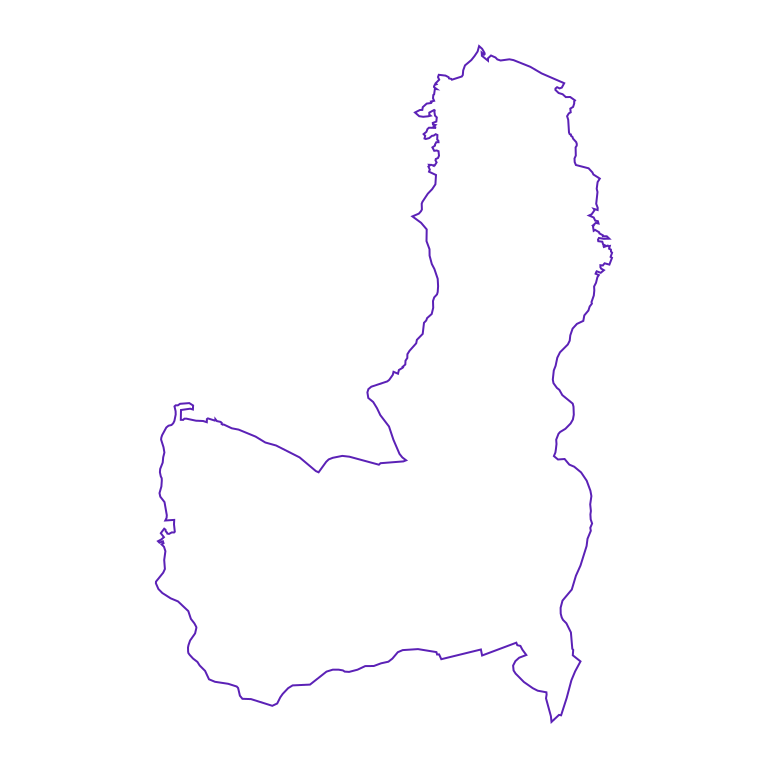 Cruset, Gorj, Romania (orthographic projection)
{"feature_id": "2599482B18227556785011", "entity_name": "Cruset", "entity_type": "district", "adm_level": 2, "iso_a3": "ROU", "parent_name": "Romania", "parent_adm1": "Gorj", "projection": "orthographic", "projection_center": [23.663, 44.657], "detail": "fine", "context": "isolated", "style": "outline", "palette": "violet", "viewbox_px": 768, "rotation_deg": 0, "n_neighbors": 0, "source": "geoboundaries", "source_scale": "gbopen_adm2", "svg_char_len": 6075}
<svg xmlns="http://www.w3.org/2000/svg" viewBox="0 0 768 768"><path d="M551.5,721.9L559.0,714.9L561.1,715.3L566.7,697.9L571.4,680.3L575.1,671.4L580.5,661.4L572.8,655.3L573.2,649.9L572.3,648.8L570.9,632.4L566.4,623.3L563.0,619.9L561.7,617.4L560.7,613.6L560.6,607.8L562.5,600.6L571.8,589.5L575.9,575.8L580.5,565.5L586.6,546.0L587.5,538.8L590.8,530.8L590.3,527.8L592.1,523.5L590.7,519.4L590.4,514.4L590.9,511.0L590.2,504.4L591.4,496.1L590.4,490.7L586.7,480.7L581.1,472.4L574.2,466.7L569.3,464.6L564.6,459.0L558.0,459.5L553.9,456.1L555.4,452.5L555.9,449.2L556.5,444.0L556.2,439.7L558.5,433.8L560.1,432.0L565.4,428.8L570.6,423.5L572.9,419.5L573.8,414.7L573.5,406.7L572.7,403.6L562.3,395.1L559.3,389.8L556.9,387.9L553.5,383.2L552.8,379.6L553.8,370.4L555.6,365.8L557.3,357.7L560.0,352.3L567.8,344.5L569.7,340.7L570.3,335.3L572.6,328.6L576.9,323.9L583.3,320.9L584.3,315.4L588.4,310.5L589.7,306.5L591.9,303.6L591.5,302.1L593.8,295.5L594.3,290.5L594.1,286.5L596.0,282.8L597.4,277.2L598.8,275.1L595.6,273.7L596.2,272.1L596.7,271.3L600.7,272.8L603.9,270.2L601.1,268.6L600.4,267.2L600.4,265.2L602.8,265.5L604.6,263.3L609.4,264.6L612.0,257.8L610.6,256.9L612.1,252.7L611.0,251.6L610.9,249.6L609.1,248.7L609.8,246.0L608.4,246.3L607.8,245.6L603.9,247.0L603.6,246.2L605.1,245.4L603.1,244.4L602.3,241.7L598.3,241.2L598.0,239.7L598.9,238.0L603.7,238.8L609.3,238.7L606.8,236.3L602.9,236.2L602.9,235.3L599.4,233.4L599.2,232.3L595.1,229.9L593.7,230.8L593.0,226.5L593.6,225.6L593.0,225.4L595.8,222.9L598.5,223.5L597.9,221.2L595.2,220.6L593.7,217.5L589.0,215.5L591.6,214.3L593.2,212.1L594.6,210.0L593.8,208.9L597.6,210.0L597.7,207.8L596.2,203.8L597.5,192.0L596.7,188.8L597.6,182.1L599.8,178.6L593.4,174.5L592.4,172.4L588.6,168.3L575.9,165.0L574.7,162.1L574.5,158.5L575.8,155.6L575.6,147.4L576.7,145.7L576.8,144.0L576.2,142.1L573.1,138.7L572.4,136.8L571.1,135.9L570.9,134.5L569.7,134.2L569.0,132.5L568.2,119.7L567.1,116.2L568.8,113.4L570.7,112.3L570.3,108.6L573.1,106.9L574.2,103.5L574.2,101.4L575.0,100.4L570.2,97.0L565.8,97.1L562.6,94.2L558.6,93.0L555.4,89.9L555.5,88.5L557.1,87.2L559.6,88.4L561.8,87.6L564.2,83.2L541.6,73.4L530.3,66.8L513.5,60.1L509.4,59.3L500.6,60.5L497.3,59.4L495.5,57.5L491.0,55.5L488.0,58.3L488.0,60.7L481.9,55.8L481.7,52.6L484.0,54.7L484.7,54.0L484.5,52.9L482.1,48.8L479.1,46.1L477.6,51.5L474.5,56.1L471.3,60.1L465.0,65.4L463.2,70.4L462.8,75.0L461.8,76.5L451.9,79.7L451.3,78.9L449.0,78.4L448.6,77.2L445.5,75.6L438.8,74.8L438.0,77.1L439.2,79.7L435.6,83.3L436.5,84.2L434.8,84.8L434.0,86.4L434.1,87.2L436.7,89.1L434.9,88.9L434.1,94.4L433.3,95.0L433.0,98.2L434.1,100.8L431.0,101.5L431.5,102.5L431.1,103.0L426.7,103.6L422.8,107.1L422.3,109.9L419.9,110.0L415.0,112.5L419.2,116.2L423.2,116.8L428.1,116.3L430.6,115.7L429.3,114.6L429.3,112.6L434.1,110.0L434.7,110.4L434.4,111.9L435.0,115.6L436.8,117.4L436.3,121.6L432.8,122.9L433.0,124.5L435.4,125.0L433.9,126.3L435.3,127.3L435.2,127.9L429.0,127.7L427.5,129.0L426.4,131.8L423.6,134.1L425.2,135.8L424.5,138.5L425.8,139.0L429.2,138.1L432.0,135.8L433.7,135.6L435.7,134.2L437.4,135.0L437.2,139.6L438.3,140.6L438.5,142.2L436.3,142.2L435.0,144.5L435.0,145.6L432.4,147.4L434.2,150.8L436.8,150.5L438.5,151.2L439.0,155.7L438.0,158.0L435.8,159.0L435.5,160.4L436.6,162.4L434.8,165.3L434.0,165.2L433.8,165.9L431.7,164.9L429.1,164.8L429.6,165.6L428.4,166.5L429.8,169.6L429.0,171.7L436.0,175.0L435.4,184.3L432.2,189.1L427.8,193.7L422.5,201.7L421.7,203.7L421.9,209.5L421.0,211.2L418.9,213.6L412.4,216.4L421.1,222.8L426.7,229.4L426.5,241.1L429.5,249.2L429.6,255.7L431.8,264.0L434.4,269.0L437.7,278.8L438.1,286.2L437.7,292.0L437.0,294.4L434.2,297.4L433.0,301.0L433.2,307.8L431.7,314.0L427.1,318.1L426.2,320.5L424.0,322.8L422.7,333.9L416.9,339.8L416.2,343.3L409.6,350.7L407.4,354.2L407.3,358.0L405.5,360.7L405.3,364.5L402.6,366.9L403.0,367.4L402.6,367.8L398.9,370.0L398.0,373.7L393.5,371.8L392.8,374.8L389.2,379.9L387.3,381.4L371.3,386.7L368.4,389.1L367.4,392.4L368.3,398.0L373.2,402.0L377.0,408.2L380.3,415.1L389.0,426.5L393.4,439.7L399.5,453.9L402.3,457.4L406.1,460.3L403.4,461.4L380.5,463.2L378.9,464.7L349.4,456.7L342.3,455.9L332.8,457.8L328.7,459.4L326.2,461.8L318.6,472.3L315.9,471.1L299.6,457.4L276.1,445.5L265.3,442.5L255.6,436.6L238.6,429.6L231.8,428.3L223.7,424.5L222.7,424.7L221.6,424.0L221.8,423.0L220.6,421.9L216.9,421.1L215.4,419.2L215.4,420.3L214.9,420.6L207.9,418.4L206.9,419.1L206.8,422.2L203.1,421.0L196.0,420.7L186.6,418.7L184.4,418.7L183.1,419.9L180.8,419.8L181.0,410.0L190.2,408.7L192.9,409.5L193.1,405.5L189.3,403.1L180.1,403.8L177.9,405.3L175.7,405.3L174.5,406.4L175.6,411.2L175.7,414.5L174.4,420.9L173.2,423.3L171.5,425.0L168.5,425.7L166.3,427.5L162.1,435.2L161.3,437.7L161.1,439.6L163.5,447.2L164.4,452.5L163.2,457.3L162.7,462.6L160.2,468.9L159.9,472.2L160.8,476.4L161.7,478.2L161.8,480.6L161.4,486.4L159.5,493.1L160.3,496.7L164.5,502.1L166.8,515.2L166.6,517.8L165.3,520.5L174.2,519.9L174.0,524.4L174.8,531.7L174.0,532.5L171.8,532.4L169.0,533.9L167.3,533.6L166.9,532.4L165.8,531.5L165.5,529.7L164.2,528.7L160.8,533.2L163.9,537.2L161.4,539.4L158.0,541.2L159.5,542.7L162.9,541.3L163.5,543.2L161.6,544.4L164.0,546.8L165.4,551.2L164.2,560.0L164.9,569.0L163.2,572.7L156.0,581.6L155.9,583.3L158.4,589.0L162.3,593.0L170.6,598.3L178.0,601.4L188.3,611.1L190.9,618.9L194.4,623.4L196.2,626.8L196.4,627.7L195.1,633.4L190.1,640.5L188.5,645.1L188.0,647.5L188.1,651.5L188.4,653.1L189.7,654.9L193.1,658.6L197.4,661.9L199.7,665.5L205.1,670.9L209.0,679.3L215.0,681.8L228.2,683.8L236.7,686.5L238.1,688.0L239.9,695.7L242.4,698.8L251.0,699.1L272.3,705.8L277.2,703.5L280.3,697.3L282.7,693.9L288.2,688.1L292.6,685.4L310.0,684.6L326.5,671.6L332.7,669.7L338.8,669.7L342.9,670.4L344.7,671.6L349.1,671.9L357.5,669.7L365.2,666.1L373.8,666.0L381.1,663.3L388.4,661.7L392.4,658.6L397.8,652.2L402.7,650.1L418.0,649.1L436.4,652.1L437.1,654.5L439.1,654.4L441.3,659.2L480.9,649.5L482.1,655.5L516.3,642.7L517.3,645.2L520.4,645.9L522.4,649.7L526.3,655.0L519.2,657.7L515.4,661.1L513.1,665.6L513.6,670.5L515.6,673.6L523.9,682.0L532.8,688.2L537.7,690.7L546.4,692.3L546.6,694.6L546.0,698.3L550.9,716.2L551.5,721.9Z" fill="none" stroke="#5b21b6" stroke-width="2"/></svg>